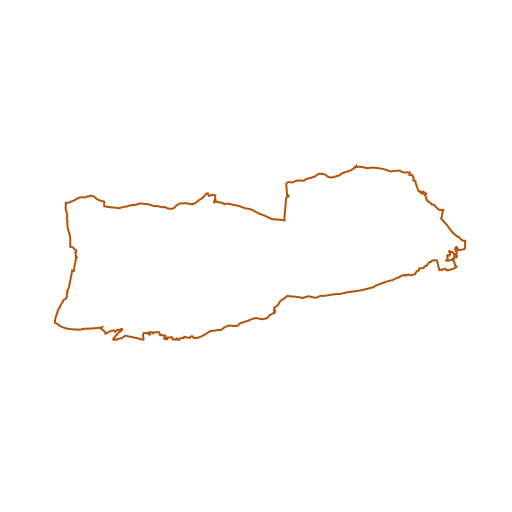 Izvoru Berheciului, Bacau, Romania, rotated 107°
{"feature_id": "2599482B69933223612688", "entity_name": "Izvoru Berheciului", "entity_type": "district", "adm_level": 2, "iso_a3": "ROU", "parent_name": "Romania", "parent_adm1": "Bacau", "projection": "albers", "projection_center": [27.223, 46.591], "detail": "fine", "context": "isolated", "style": "outline", "palette": "amber", "viewbox_px": 512, "rotation_deg": 107, "n_neighbors": 0, "source": "geoboundaries", "source_scale": "gbopen_adm2", "svg_char_len": 6066}
<svg xmlns="http://www.w3.org/2000/svg" viewBox="0 0 512 512"><g transform="rotate(107 256 256)"><path d="M368.9,339.2L367.7,339.4L366.5,340.2L364.2,341.0L362.5,340.9L361.4,337.4L361.8,335.9L362.3,335.9L362.3,334.8L362.0,334.3L361.1,335.2L361.1,336.6L360.2,336.0L359.7,334.8L359.6,333.0L360.1,331.7L358.8,331.4L357.9,329.0L358.0,328.4L357.5,327.5L357.2,326.4L358.1,325.6L359.3,325.2L359.3,324.2L359.6,324.1L358.6,320.5L358.7,319.3L360.4,318.7L360.9,320.0L362.1,319.4L361.9,317.2L361.5,316.6L359.9,316.8L359.3,315.5L359.2,314.6L358.2,312.7L359.4,311.6L360.3,311.3L360.4,311.0L359.5,309.7L359.4,308.2L358.6,308.2L357.9,307.6L357.9,306.7L358.3,306.4L358.3,305.8L359.0,305.6L358.3,304.7L356.8,304.2L355.2,300.9L354.2,301.0L354.0,296.6L353.4,295.1L352.2,294.9L351.3,293.8L352.5,291.4L352.4,290.5L351.8,288.8L351.0,287.5L349.6,285.6L346.7,282.5L342.0,278.5L341.7,277.9L341.0,277.6L339.7,274.4L338.5,272.1L337.6,269.9L337.2,267.9L334.1,265.8L332.0,263.6L331.2,262.4L330.9,262.3L330.1,260.4L329.6,257.4L328.5,253.9L328.0,253.2L325.7,252.2L324.1,250.5L323.6,249.1L322.4,247.9L320.0,244.2L319.2,243.6L316.6,240.1L315.8,238.9L315.2,236.9L314.9,234.8L315.0,233.1L314.5,231.3L313.4,229.1L311.9,226.8L309.0,226.0L305.9,223.1L305.0,221.4L303.3,222.6L303.2,221.7L302.7,221.7L300.8,223.5L300.2,223.4L296.4,220.6L292.9,219.9L291.4,219.2L288.7,217.0L287.8,215.9L286.0,215.4L285.4,214.7L284.8,213.6L284.5,211.1L283.5,206.9L282.7,201.8L282.7,199.5L279.1,194.1L278.7,187.4L277.7,185.2L276.4,184.2L275.0,182.1L274.6,180.3L273.2,177.0L269.7,170.0L267.5,164.1L264.4,158.9L258.2,145.7L254.1,138.7L251.3,134.4L249.5,133.0L245.4,127.8L241.0,121.7L239.1,118.3L236.0,115.2L234.6,112.9L233.4,112.4L233.3,111.7L231.8,110.5L230.9,108.6L231.3,107.5L230.5,107.2L229.0,104.6L229.2,103.8L229.5,103.5L228.5,100.8L227.9,100.3L227.3,99.1L226.7,99.0L226.6,98.6L223.7,97.9L222.4,96.1L220.3,96.4L218.5,92.2L216.7,91.6L215.7,90.8L215.3,89.8L212.8,89.1L210.9,88.2L210.4,86.8L208.9,86.2L208.3,85.3L208.2,84.4L207.7,83.6L207.3,81.7L215.9,76.6L214.8,74.5L214.9,73.7L214.1,73.5L213.0,71.1L213.5,69.7L213.8,69.7L213.9,69.1L213.5,68.3L210.9,64.0L207.8,61.1L207.3,61.3L207.2,62.5L203.1,65.1L203.2,65.5L202.3,66.0L202.3,66.3L201.1,66.0L200.8,66.2L201.1,67.3L202.7,68.0L204.7,71.6L204.6,72.8L204.1,72.7L203.7,71.4L203.2,71.5L199.9,73.3L199.2,73.2L199.2,71.2L197.8,71.2L197.4,70.8L196.0,71.5L195.3,72.7L194.8,72.7L195.1,70.0L194.8,69.8L194.8,69.0L195.0,68.6L195.9,68.2L195.9,67.3L197.3,66.2L197.5,66.5L199.6,65.9L199.1,64.7L198.0,63.6L196.7,63.9L196.6,64.8L195.5,65.3L194.6,64.9L193.3,65.4L193.0,66.3L191.6,66.9L191.3,67.7L190.6,67.4L189.4,67.6L188.8,66.4L191.3,65.5L191.3,64.8L190.7,64.8L190.5,64.5L190.7,62.5L188.3,58.6L185.4,58.9L181.5,60.1L180.7,60.0L180.2,60.5L180.6,61.7L180.8,63.3L180.1,65.0L178.7,67.4L178.6,68.2L178.8,68.5L176.5,73.9L173.4,78.9L170.9,81.9L166.1,89.9L163.9,89.8L158.7,90.5L157.4,90.2L158.2,93.4L158.2,94.7L157.1,97.2L155.1,100.5L154.9,101.7L155.5,102.6L154.8,104.0L154.5,104.1L153.8,106.0L153.7,107.5L153.1,107.7L152.3,109.1L152.4,109.6L150.7,110.2L150.0,111.0L148.5,111.6L148.3,112.1L147.4,112.2L146.9,111.5L146.5,111.4L146.6,112.7L145.6,114.4L145.7,115.2L146.5,115.5L147.5,114.8L147.4,116.1L147.7,116.3L147.6,116.7L146.2,117.6L146.2,117.9L146.7,118.3L146.4,119.6L139.4,124.8L137.9,125.3L137.6,126.9L137.8,127.7L136.4,127.5L136.2,127.8L134.4,128.7L134.5,129.0L132.9,130.3L132.8,130.9L133.7,132.9L131.2,133.3L132.7,138.7L133.1,141.0L132.5,142.2L132.2,143.6L133.0,145.2L133.8,148.0L135.7,151.6L135.6,159.9L136.7,167.4L137.1,168.7L137.4,170.5L139.3,175.0L139.8,178.1L139.7,180.1L140.0,180.9L140.5,183.5L141.5,186.0L140.6,186.4L142.7,187.3L142.8,187.5L142.5,187.7L143.9,188.3L146.1,190.1L151.4,197.5L152.6,198.6L154.2,199.4L158.4,205.8L159.0,207.3L159.3,209.5L159.1,210.7L158.1,213.1L157.9,215.2L158.6,218.9L159.8,220.7L163.4,223.6L164.5,225.6L164.8,225.6L167.7,230.6L169.6,231.8L170.1,232.4L171.5,238.1L173.3,240.9L174.3,241.6L175.0,242.8L175.9,246.8L176.4,247.3L177.9,248.3L188.7,244.1L188.5,242.8L189.0,242.4L189.8,242.3L191.4,244.2L211.2,240.0L213.5,239.1L215.3,248.5L216.1,251.2L214.8,260.7L214.6,264.9L212.8,275.0L213.5,279.9L213.2,287.5L214.2,298.3L214.6,299.6L215.6,301.3L215.5,302.3L215.1,303.4L215.8,310.9L216.9,311.3L217.0,311.9L214.5,311.8L214.2,311.1L212.2,312.2L210.1,312.7L209.9,313.3L210.1,315.1L211.0,316.8L212.3,318.3L210.8,320.2L210.3,320.2L209.7,319.5L210.8,321.7L214.2,323.1L216.3,324.2L219.7,327.2L222.5,329.0L224.4,330.9L225.6,333.8L225.8,337.8L228.0,344.1L231.1,347.0L233.8,348.2L235.6,350.5L236.2,353.2L236.2,355.6L235.7,357.1L236.8,360.0L237.1,365.1L238.0,367.8L238.0,374.6L238.7,377.3L239.3,380.9L240.0,382.9L241.2,384.3L242.3,386.2L243.5,389.4L245.0,392.1L246.4,393.9L246.8,395.2L248.7,398.6L250.5,401.1L250.8,404.3L252.0,409.4L252.8,415.8L248.4,417.0L248.5,422.8L247.9,425.5L246.5,428.1L246.4,431.5L248.0,433.2L248.1,434.6L249.7,436.3L251.4,441.4L253.0,443.5L255.3,445.4L259.0,449.9L260.4,452.1L260.7,453.4L261.7,453.3L263.3,452.5L265.9,452.2L269.0,450.5L270.9,448.9L272.0,448.5L275.8,447.8L276.7,447.0L278.5,446.3L279.9,446.1L283.8,444.5L290.5,440.2L293.6,438.7L301.2,436.5L301.6,436.0L301.2,433.7L303.1,430.6L303.5,429.2L305.8,429.2L305.8,429.6L306.4,429.3L308.4,428.4L309.6,427.0L309.9,427.8L314.4,426.9L319.9,426.5L323.6,425.8L323.5,427.6L340.4,425.7L341.7,425.7L344.3,426.4L345.0,425.9L345.4,426.1L346.2,425.5L347.6,425.9L350.0,425.0L352.3,425.2L354.5,427.3L356.3,427.4L360.9,428.7L363.4,428.9L365.6,429.7L368.7,429.4L373.0,429.7L377.2,429.3L378.7,428.8L379.1,426.0L380.2,423.4L380.7,419.1L380.8,416.0L379.4,408.0L378.6,406.1L378.3,403.6L375.6,398.5L373.4,392.0L369.9,383.5L369.1,382.3L371.0,382.7L371.7,380.4L372.9,378.2L373.3,377.6L374.3,377.2L370.0,372.9L368.7,370.0L369.3,369.5L369.7,368.5L367.4,367.3L366.8,366.2L366.7,364.9L366.0,363.8L365.2,363.6L365.1,363.2L365.1,362.7L366.1,362.4L366.8,363.2L367.4,363.2L369.0,364.8L372.3,366.2L372.9,366.9L375.2,367.4L377.2,368.3L377.8,367.8L377.8,367.4L377.1,366.6L376.9,365.8L377.1,365.1L376.2,364.4L373.7,360.2L370.4,357.8L369.3,344.9L369.3,341.7L368.9,339.2Z" fill="none" stroke="#b45309" stroke-width="2"/></g></svg>